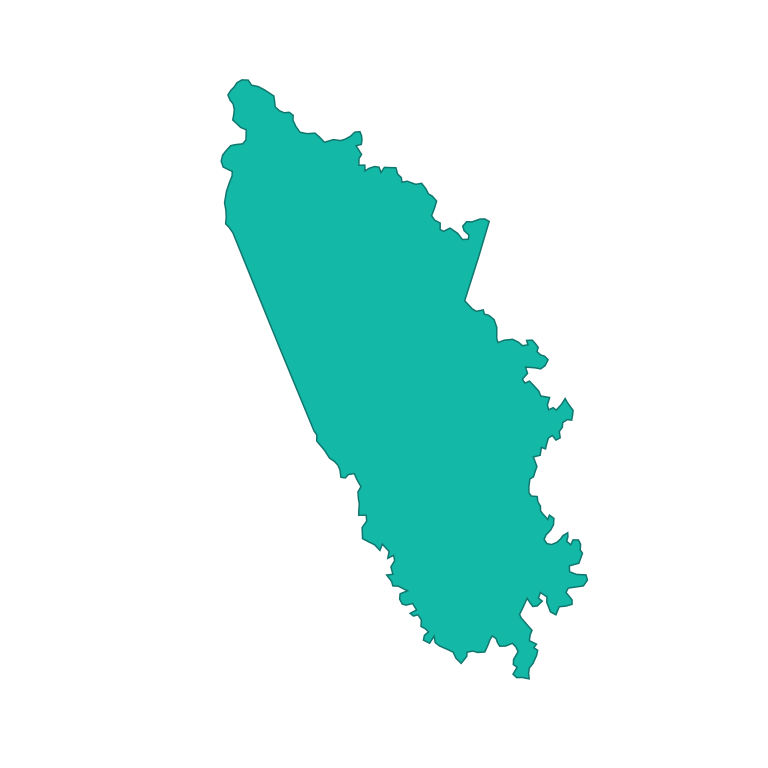 Rio Azul, Paraná, Brazil (Albers equal-area conic projection), rotated 27°
{"feature_id": "56859067B94937629872917", "entity_name": "Rio Azul", "entity_type": "district", "adm_level": 2, "iso_a3": "BRA", "parent_name": "Brazil", "parent_adm1": "Paraná", "projection": "albers", "projection_center": [-50.76, -25.731], "detail": "fine", "context": "isolated", "style": "filled", "palette": "teal", "viewbox_px": 768, "rotation_deg": 27, "n_neighbors": 0, "source": "geoboundaries", "source_scale": "gbopen_adm2", "svg_char_len": 4022}
<svg xmlns="http://www.w3.org/2000/svg" viewBox="0 0 768 768"><g transform="rotate(27 384 384)"><path d="M180.6,317.8L255.8,382.9L264.9,390.7L274.2,398.8L326.6,443.6L343.1,457.7L347.2,459.8L349.9,465.3L361.1,470.1L369.2,474.8L375.4,475.6L379.9,477.3L383.7,480.5L388.0,486.7L392.2,485.2L393.3,480.9L398.2,477.3L403.2,481.4L410.1,486.0L409.8,492.0L413.4,498.0L416.3,501.8L418.7,507.4L421.0,512.4L427.7,509.0L430.8,514.0L429.7,521.9L435.1,531.5L441.9,531.6L448.6,531.5L455.9,534.1L455.2,527.4L460.2,529.3L464.6,530.9L466.5,537.6L470.3,532.3L473.7,536.5L473.2,543.8L478.3,549.5L473.1,553.0L480.3,556.4L483.6,559.9L488.3,557.7L498.8,557.6L493.6,563.6L495.6,568.6L500.2,571.8L504.1,571.0L509.1,566.6L515.6,570.5L511.4,576.5L515.6,577.4L519.0,574.2L524.3,577.2L527.1,583.3L531.5,583.2L536.2,584.6L534.1,589.6L535.4,594.3L542.3,594.3L543.1,586.0L547.0,591.1L552.2,592.2L560.9,591.7L567.3,591.5L572.7,595.7L579.6,597.9L581.4,589.2L579.8,585.3L584.4,581.6L589.3,580.7L595.5,577.0L595.1,568.9L594.5,563.5L594.9,559.3L599.5,560.0L602.4,562.8L606.1,565.1L611.3,562.3L616.1,556.8L620.9,558.4L625.0,561.6L624.5,570.6L626.6,575.3L631.2,575.9L630.7,584.0L635.5,585.4L640.3,582.8L647.2,580.8L644.2,576.2L642.4,571.1L643.6,565.3L643.2,556.5L641.8,551.5L637.2,551.0L638.0,546.6L630.0,546.7L628.1,541.1L627.7,536.3L612.7,530.3L609.4,527.8L609.3,520.0L608.8,510.0L613.4,512.6L617.6,514.7L621.3,512.2L623.6,505.6L618.8,504.7L618.0,498.8L625.9,499.7L628.0,504.5L635.8,511.5L642.0,511.6L641.2,502.9L646.8,499.4L651.6,494.9L649.5,490.9L640.8,487.1L640.8,482.2L653.3,473.4L654.3,466.3L650.6,462.4L641.9,466.3L634.6,467.0L631.7,461.9L639.0,455.2L637.7,444.7L634.2,442.8L631.9,437.5L628.0,434.7L623.2,437.1L623.4,442.5L618.2,441.2L617.2,436.6L615.2,433.1L612.3,437.9L611.6,442.1L609.9,446.6L606.2,451.0L601.7,452.2L597.3,449.9L596.9,445.0L598.8,438.6L598.9,432.4L596.4,426.6L590.9,425.7L591.5,430.3L584.9,427.8L581.1,426.0L578.9,421.8L574.5,419.1L571.6,414.7L566.1,417.0L562.5,415.1L559.6,409.5L557.1,402.4L559.4,398.8L558.6,394.6L557.7,388.1L550.2,381.2L555.5,376.6L553.0,369.0L557.4,368.5L556.3,364.4L555.0,357.5L557.4,353.5L562.7,355.9L565.4,351.9L561.7,346.7L562.6,341.6L560.7,337.3L563.4,332.6L567.6,331.0L566.1,326.0L564.4,321.6L560.6,319.8L555.7,317.2L552.0,314.7L551.3,321.8L549.3,329.1L545.5,328.3L542.4,332.2L539.1,328.5L537.7,320.9L529.1,323.5L525.2,320.1L518.1,317.4L512.3,315.4L509.2,319.2L505.1,316.9L507.1,309.4L502.4,304.7L511.3,301.0L516.7,299.4L519.2,294.6L519.2,287.9L514.5,286.3L510.3,287.0L505.6,285.7L504.8,281.4L501.4,279.7L496.3,277.6L491.3,280.4L494.5,283.8L489.9,287.0L484.8,285.7L478.3,285.8L471.2,290.4L466.9,295.3L463.9,292.5L458.8,282.4L452.9,276.7L446.4,275.2L441.7,276.2L438.8,272.9L433.3,277.3L428.5,277.0L423.5,275.2L418.1,273.2L410.8,228.9L403.9,191.4L398.8,191.2L394.6,193.5L388.7,199.7L384.0,201.8L382.5,207.6L385.7,211.0L392.1,212.8L393.4,216.7L388.3,219.7L381.1,216.3L372.0,215.1L367.8,220.9L363.9,220.9L361.0,215.1L354.8,215.0L350.0,212.4L349.2,204.6L347.9,197.2L341.8,194.7L337.1,194.4L333.1,191.3L326.4,188.1L321.6,191.7L312.6,192.8L308.4,196.1L305.7,192.2L300.9,190.8L296.4,185.9L291.5,188.3L286.0,190.8L285.3,197.0L281.2,193.1L276.9,194.5L272.7,198.7L270.4,202.8L267.5,197.7L262.3,200.5L259.4,194.5L259.8,189.7L255.2,186.9L250.9,184.3L255.0,180.9L253.7,176.8L251.3,173.0L248.0,170.1L243.6,172.9L241.7,178.4L238.2,183.6L234.7,186.9L228.0,189.2L221.1,195.7L214.9,193.4L208.7,191.8L201.6,196.0L194.8,197.8L188.6,194.6L183.2,190.4L181.1,185.9L176.3,184.9L171.8,187.7L166.6,188.0L161.1,186.4L158.6,182.4L155.1,177.4L144.1,176.2L136.8,176.1L130.4,177.9L125.0,174.9L119.4,177.5L116.2,182.2L115.7,187.3L114.2,191.9L113.7,197.3L118.1,201.1L122.3,202.8L126.1,207.6L127.9,212.4L129.4,217.5L133.6,218.6L139.8,220.5L145.8,220.0L147.7,223.9L150.2,229.2L149.0,234.2L142.9,238.2L139.2,241.2L137.3,248.1L136.3,253.3L137.8,259.4L142.2,263.7L152.3,263.5L154.2,267.7L154.7,273.7L156.1,283.6L159.6,294.8L164.4,301.2L167.7,307.0L170.2,313.2L174.5,314.6L180.6,317.8Z" fill="#14b8a6" stroke="#0f766e" stroke-width="1.5"/></g></svg>